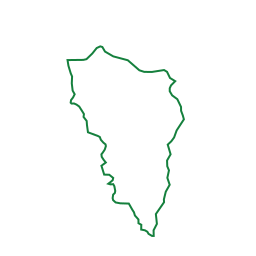 the district of Ouanda-Djallé, Vakaga, Central African Republic, rotated 221°
{"feature_id": "33826404B28698929649290", "entity_name": "Ouanda-Djallé", "entity_type": "district", "adm_level": 2, "iso_a3": "CAF", "parent_name": "Central African Republic", "parent_adm1": "Vakaga", "projection": "natural_earth1", "projection_center": [22.364, 9.073], "detail": "fine", "context": "isolated", "style": "outline", "palette": "green", "viewbox_px": 256, "rotation_deg": 221, "n_neighbors": 0, "source": "geoboundaries", "source_scale": "gbopen_adm2", "svg_char_len": 1362}
<svg xmlns="http://www.w3.org/2000/svg" viewBox="0 0 256 256"><g transform="rotate(221 128 128)"><path d="M37.8,63.4L41.6,67.6L42.0,69.3L43.3,74.6L46.7,77.8L50.5,81.3L52.1,95.6L54.1,97.7L57.7,104.7L59.3,112.5L65.6,116.2L69.3,122.9L73.3,124.9L77.2,129.1L78.6,136.1L87.1,141.5L86.6,146.4L87.0,151.1L89.7,158.1L91.5,171.2L94.8,173.4L99.2,175.8L101.8,178.7L109.7,182.1L116.1,181.6L120.6,183.1L122.6,185.4L123.5,188.4L123.1,194.3L129.1,193.3L131.9,194.5L135.4,196.0L138.8,195.4L146.8,185.9L152.6,181.0L157.3,179.0L172.6,179.0L186.1,172.4L195.5,170.6L200.5,172.3L202.5,171.4L204.1,167.8L203.8,160.8L204.5,152.7L206.4,150.1L218.2,139.6L213.8,135.9L207.1,131.7L204.0,130.2L199.7,124.8L194.3,119.9L190.4,118.5L189.5,115.0L189.3,111.7L187.9,109.5L186.7,109.4L184.8,111.1L182.2,111.9L178.9,112.2L172.2,110.2L170.4,109.6L168.8,107.2L163.8,106.2L161.0,103.4L155.4,98.5L145.3,102.3L143.3,102.7L140.8,101.3L137.0,100.8L134.2,100.9L132.8,99.8L131.4,96.5L130.9,92.8L130.8,90.7L128.9,89.0L125.5,88.0L122.1,87.4L123.3,82.1L115.4,77.2L111.5,80.4L106.4,80.6L105.3,78.5L105.7,75.9L106.3,73.0L104.3,73.9L102.3,75.9L100.1,75.1L96.3,72.1L95.3,70.3L95.5,68.0L93.6,65.0L91.9,63.8L88.5,63.7L84.4,66.1L77.8,71.5L71.3,69.2L68.2,68.3L65.4,66.5L60.1,65.8L57.6,63.0L54.5,63.7L51.4,60.0L48.1,61.9L45.3,62.4L43.1,61.6L39.1,62.3L37.8,63.4Z" fill="none" stroke="#15803d" stroke-width="2"/></g></svg>